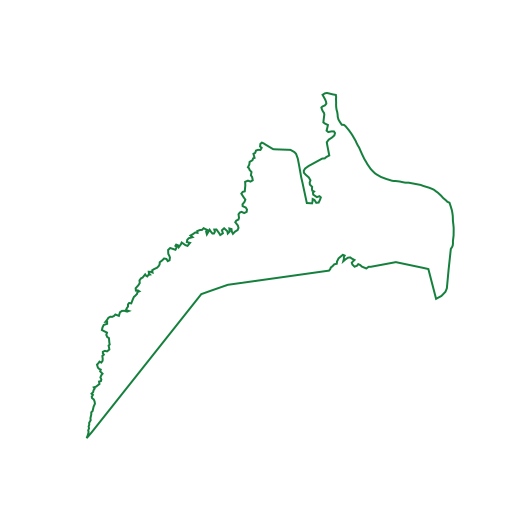 outline of Curuá, Pará, Brazil, rotated 259°
{"feature_id": "56859067B85685646655485", "entity_name": "Curuá", "entity_type": "district", "adm_level": 2, "iso_a3": "BRA", "parent_name": "Brazil", "parent_adm1": "Pará", "projection": "albers", "projection_center": [-55.089, -1.793], "detail": "fine", "context": "isolated", "style": "outline", "palette": "green", "viewbox_px": 512, "rotation_deg": 259, "n_neighbors": 0, "source": "geoboundaries", "source_scale": "gbopen_adm2", "svg_char_len": 4957}
<svg xmlns="http://www.w3.org/2000/svg" viewBox="0 0 512 512"><g transform="rotate(259 256 256)"><path d="M109.5,55.0L114.0,60.7L179.5,137.2L229.0,195.0L230.6,205.5L233.1,222.8L230.2,277.6L227.9,321.7L227.7,324.9L229.0,326.4L230.4,327.2L231.4,329.2L232.9,331.2L233.0,333.8L235.2,334.5L238.0,336.7L240.6,341.5L239.5,343.1L238.3,342.1L236.3,341.7L234.2,340.7L235.7,343.3L236.8,346.0L236.6,348.3L235.4,349.3L233.3,351.9L232.3,350.3L231.1,348.7L229.2,349.0L226.7,350.7L227.2,353.3L228.5,354.8L227.2,356.6L225.4,357.9L222.7,361.9L223.9,364.5L223.5,366.6L223.4,377.4L223.3,392.1L212.3,418.2L210.3,422.7L179.6,424.6L181.4,430.4L184.7,435.1L187.9,437.2L205.7,442.4L225.8,448.6L227.5,450.3L229.0,451.2L231.0,451.8L232.9,452.1L238.5,453.9L243.3,454.9L245.9,455.4L248.8,455.7L252.9,456.0L257.8,456.8L261.6,457.0L263.6,457.0L267.5,456.6L271.4,456.1L272.7,454.2L274.5,453.0L277.2,450.8L279.9,449.2L283.6,446.5L285.0,445.1L287.0,443.4L288.2,441.8L290.1,438.8L293.0,433.3L294.3,431.3L298.9,419.7L299.5,416.6L300.3,414.5L301.7,411.3L303.0,407.2L303.4,405.3L304.1,403.5L305.0,401.9L306.7,398.7L309.7,393.8L313.0,390.0L314.4,388.6L317.3,386.6L319.9,385.0L321.6,384.3L325.0,382.8L327.2,382.1L330.4,380.9L333.4,380.1L335.7,379.5L342.8,377.9L345.2,377.0L348.0,376.2L349.9,375.8L356.0,373.7L358.0,372.9L361.7,371.2L366.3,368.7L367.9,367.4L368.5,365.2L371.9,363.8L374.2,363.0L377.0,362.8L379.3,363.1L382.1,363.2L383.9,363.0L386.5,363.1L388.8,363.4L391.1,363.9L395.0,364.5L396.7,365.0L398.9,365.1L399.9,362.4L401.5,359.0L402.5,356.7L402.5,354.6L401.5,352.1L399.4,352.8L396.2,353.8L394.0,354.2L392.1,354.1L390.7,352.4L390.1,349.8L389.3,348.5L387.2,348.7L385.4,349.2L383.3,350.1L381.6,350.0L379.9,349.4L374.3,347.6L372.7,349.1L370.9,351.6L368.1,350.4L365.6,349.2L363.9,350.6L363.9,353.9L363.4,356.3L361.6,357.0L359.4,355.9L357.8,353.2L356.4,349.7L354.2,347.2L351.5,347.1L340.7,347.1L339.8,344.0L338.7,342.1L339.0,339.6L334.3,324.8L332.5,320.9L330.6,319.2L328.6,318.9L326.4,320.2L323.1,322.8L319.9,323.9L317.9,322.7L315.8,322.5L313.2,324.3L311.1,323.7L309.4,323.7L308.2,325.3L307.3,324.0L305.3,323.9L302.2,327.0L302.6,329.7L301.2,330.8L299.2,329.7L296.5,327.7L296.7,325.3L300.0,324.0L301.1,322.5L298.7,321.9L297.0,321.1L298.3,316.0L318.9,315.6L324.7,315.4L336.4,315.6L343.7,315.6L348.7,314.8L350.7,313.5L353.6,310.1L357.1,295.0L357.6,293.2L363.8,286.3L365.0,285.1L366.2,283.4L365.2,281.7L362.7,280.9L361.1,282.2L359.3,280.6L359.8,278.1L359.5,276.1L357.4,274.9L356.8,273.0L352.6,273.3L352.4,271.8L350.7,270.8L349.6,267.7L347.1,266.9L344.6,265.0L343.4,265.9L341.8,266.1L339.3,267.6L336.1,266.4L334.5,267.2L332.7,267.3L330.9,267.2L330.1,264.8L331.5,262.5L330.9,259.5L327.4,259.0L321.6,257.3L321.5,255.2L320.0,253.5L316.2,255.0L313.3,256.3L311.3,255.0L309.3,252.6L307.5,252.4L305.5,255.2L303.3,256.0L301.1,255.2L300.4,252.6L302.1,250.2L301.8,248.5L300.3,246.8L296.7,246.6L295.1,245.7L294.5,243.4L293.1,242.1L289.4,244.0L286.9,244.2L285.0,242.9L283.9,240.0L282.2,237.6L284.7,236.9L287.1,237.1L288.1,235.1L285.0,234.8L283.5,232.6L285.8,232.6L287.8,231.1L289.3,230.0L287.8,227.5L284.6,227.8L283.4,224.9L285.6,224.1L289.6,222.2L289.9,220.1L287.7,220.3L286.1,219.0L286.4,217.5L288.8,216.2L290.6,215.5L286.6,211.9L289.6,211.7L290.9,213.1L292.3,211.1L293.3,209.9L291.9,207.9L292.2,205.9L291.7,203.1L289.9,203.0L290.7,200.9L289.6,198.5L288.6,195.6L286.6,197.3L286.3,193.4L285.0,191.6L282.9,190.8L281.5,193.7L279.0,190.7L280.2,188.7L283.4,185.6L281.8,184.5L279.4,181.9L281.2,181.7L282.4,179.8L281.3,178.8L279.9,180.0L277.5,178.1L280.2,173.3L278.7,170.9L276.8,170.6L274.8,170.3L272.5,171.0L270.9,171.2L268.3,170.3L267.8,168.4L270.2,167.5L271.1,165.3L269.6,163.1L268.2,160.3L266.2,159.8L264.9,158.8L263.4,156.7L262.5,153.2L261.8,151.4L259.5,151.3L260.6,149.5L261.0,147.7L259.3,147.6L258.0,148.4L258.0,146.8L256.7,145.4L257.7,144.3L259.1,143.7L256.4,140.5L256.1,139.0L254.3,137.0L251.6,136.7L249.8,135.0L247.3,131.7L245.0,131.5L244.8,133.4L243.6,134.7L243.1,132.7L241.5,132.0L240.0,129.9L239.2,128.4L237.1,126.9L233.3,124.5L234.1,122.5L232.9,121.1L230.8,120.7L229.4,119.2L227.7,118.0L226.3,120.6L226.0,118.9L227.3,116.4L227.7,114.0L226.7,111.7L223.4,110.0L225.4,106.8L224.2,105.1L223.7,103.1L224.2,101.5L223.5,99.3L222.0,97.9L220.1,95.7L219.8,97.3L217.8,96.9L217.4,93.4L215.2,91.7L212.7,90.6L209.2,95.1L207.1,94.0L204.9,94.5L203.4,96.0L199.1,95.5L197.0,95.5L196.2,94.2L194.2,94.3L192.2,94.2L190.8,91.6L191.7,89.5L191.2,87.4L189.7,87.1L188.2,87.8L187.2,86.1L184.3,85.9L182.4,85.4L180.9,83.8L182.2,82.2L180.8,80.8L179.7,79.2L176.6,79.5L175.0,80.6L174.1,81.9L172.5,81.0L169.7,82.9L168.5,81.4L166.5,80.1L164.2,80.6L162.8,79.9L162.7,78.0L160.2,77.9L158.2,73.9L158.0,71.7L156.6,72.3L155.2,70.9L153.5,70.2L152.2,68.3L150.8,69.4L149.2,67.9L147.7,68.0L146.1,69.4L144.0,69.8L141.7,69.7L139.2,67.9L135.0,66.0L134.0,64.5L131.7,64.0L128.3,62.5L126.4,62.4L124.1,60.4L122.1,60.1L120.7,59.2L118.7,59.2L116.8,58.0L115.2,58.1L113.6,57.4L112.2,56.7L109.5,55.0Z" fill="none" stroke="#15803d" stroke-width="2"/></g></svg>